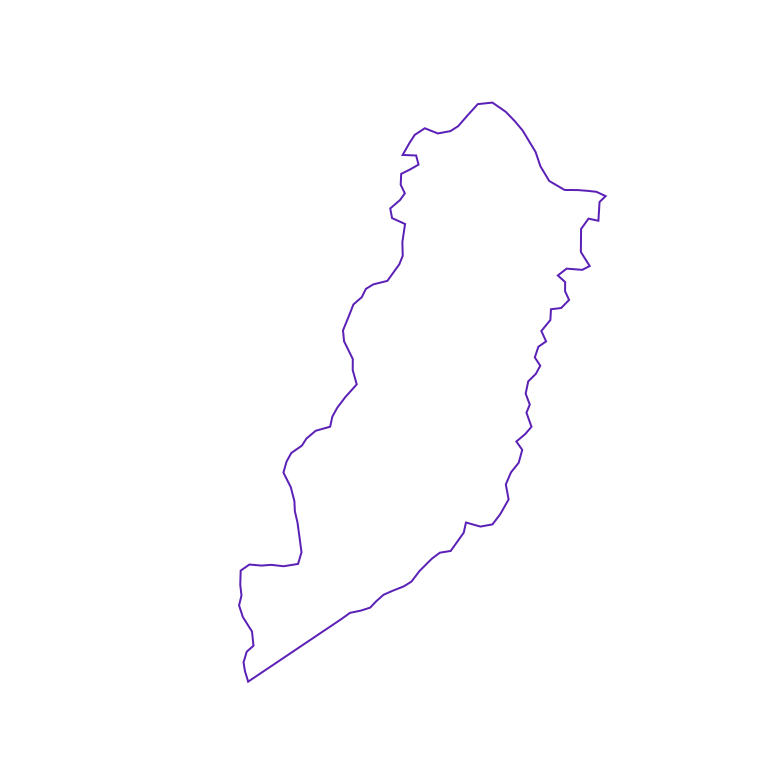 outline of Doutor Camargo, Paraná, Brazil, rotated 142°
{"feature_id": "56859067B60324698121117", "entity_name": "Doutor Camargo", "entity_type": "district", "adm_level": 2, "iso_a3": "BRA", "parent_name": "Brazil", "parent_adm1": "Paraná", "projection": "mercator", "projection_center": [-52.215, -23.569], "detail": "fine", "context": "isolated", "style": "outline", "palette": "violet", "viewbox_px": 768, "rotation_deg": 142, "n_neighbors": 0, "source": "geoboundaries", "source_scale": "gbopen_adm2", "svg_char_len": 1712}
<svg xmlns="http://www.w3.org/2000/svg" viewBox="0 0 768 768"><g transform="rotate(142 384 384)"><path d="M674.3,233.1L561.9,225.0L551.7,224.6L541.8,219.7L532.6,216.3L523.7,217.6L514.2,218.2L505.0,215.9L492.8,212.3L484.0,211.4L471.1,214.8L453.8,216.9L443.9,216.7L434.2,211.4L412.6,217.8L404.7,224.4L395.8,212.3L385.0,206.6L372.7,209.8L356.9,216.3L349.8,229.9L338.3,236.2L326.4,239.0L315.6,247.0L315.1,257.2L303.6,257.6L294.1,259.5L289.4,273.7L281.8,278.0L278.3,289.2L268.7,297.3L258.1,298.5L249.6,302.2L248.8,312.1L239.4,318.3L230.0,317.8L227.4,328.9L213.5,332.0L206.4,340.1L197.6,334.8L186.4,336.3L184.2,345.6L178.5,352.8L180.2,362.5L169.1,362.5L157.5,351.9L149.3,350.3L147.6,366.8L133.3,384.8L121.0,388.4L114.6,380.6L102.1,394.7L93.7,395.6L98.3,404.7L104.9,411.1L112.0,417.6L122.2,425.7L128.8,442.2L126.7,459.3L121.7,473.5L118.7,498.3L119.1,510.4L120.5,523.5L125.3,539.0L137.8,546.8L152.4,544.3L166.8,541.5L176.0,542.4L187.3,548.3L194.4,560.4L206.4,561.4L215.4,558.3L228.3,553.0L218.0,544.3L221.7,535.6L231.8,537.1L241.1,539.0L248.2,530.7L250.2,521.4L258.1,519.1L271.0,518.5L275.5,509.8L268.9,497.1L282.1,484.6L290.3,473.5L298.2,468.9L317.9,463.2L331.1,469.1L339.7,470.1L348.1,466.1L359.2,465.5L369.1,459.6L383.3,451.5L389.2,442.2L393.2,422.9L400.1,414.2L405.7,400.5L422.5,397.5L435.4,394.1L444.8,390.1L452.7,383.5L466.6,389.2L478.6,388.8L486.6,386.0L499.6,386.7L508.5,382.9L517.8,376.1L521.0,360.0L526.7,346.9L532.6,338.6L537.5,328.0L544.9,315.3L552.6,302.2L562.5,295.1L575.3,302.2L584.3,311.0L592.3,316.3L601.2,324.6L611.8,325.2L620.8,314.4L626.5,305.1L634.5,298.8L638.7,287.3L640.4,270.2L648.0,258.1L656.9,257.6L666.1,251.1L670.3,243.4L674.3,233.1Z" fill="none" stroke="#5b21b6" stroke-width="2"/></g></svg>